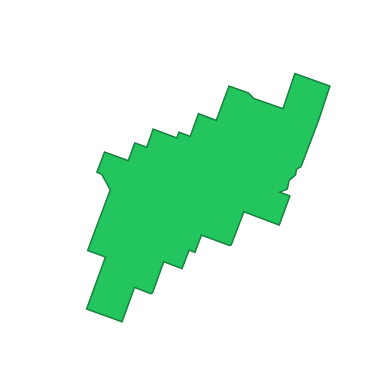 Saline, Arkansas, United States of America, rotated 109°
{"feature_id": "52423323B8225934162220", "entity_name": "Saline", "entity_type": "district", "adm_level": 2, "iso_a3": "USA", "parent_name": "United States of America", "parent_adm1": "Arkansas", "projection": "natural_earth1", "projection_center": [-92.653, 34.636], "detail": "fine", "context": "isolated", "style": "filled", "palette": "green", "viewbox_px": 384, "rotation_deg": 109, "n_neighbors": 0, "source": "geoboundaries", "source_scale": "gbopen_adm2", "svg_char_len": 806}
<svg xmlns="http://www.w3.org/2000/svg" viewBox="0 0 384 384"><g transform="rotate(109 192 192)"><path d="M145.2,249.3L151.3,249.2L164.4,249.4L164.2,262.1L183.1,262.5L182.7,287.7L188.8,287.9L204.2,288.4L204.8,282.9L216.6,270.0L255.8,271.0L258.5,271.1L281.3,271.6L281.7,252.7L284.7,252.7L337.0,253.6L337.5,215.9L308.3,215.4L300.9,215.3L301.4,202.6L301.6,197.8L300.3,196.5L267.1,196.0L267.4,187.5L267.7,176.5L265.7,176.4L247.8,175.8L248.2,169.6L229.7,169.0L230.4,139.3L229.2,137.7L193.8,136.5L194.9,98.8L163.9,98.1L163.6,109.0L158.1,102.8L149.6,104.0L142.0,99.6L136.6,100.6L132.5,97.2L83.5,95.6L47.0,96.1L46.5,133.3L83.6,133.1L83.5,163.8L80.0,170.9L79.8,191.5L116.4,192.4L115.8,211.4L140.0,211.8L139.8,217.5L139.7,223.9L145.8,224.0L145.2,249.3Z" fill="#22c55e" stroke="#15803d" stroke-width="1.5"/></g></svg>